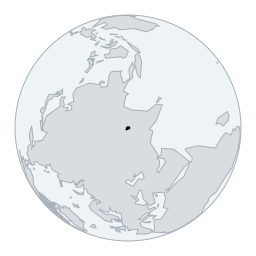 Seti highlighted on a globe, orthographic projection, rotated 226°
{"feature_id": "NPL-1129", "entity_name": "Seti", "entity_type": "District", "adm_level": 1, "iso_a3": "NPL", "parent_name": "Nepal", "parent_adm1": "", "projection": "orthographic", "projection_center": [81.176, 29.231], "detail": "medium", "context": "on_globe", "style": "filled", "palette": "ink", "viewbox_px": 256, "rotation_deg": 226, "n_neighbors": 0, "source": "natural_earth", "source_scale": "10m", "svg_char_len": 11024}
<svg xmlns="http://www.w3.org/2000/svg" viewBox="0 0 256 256"><g transform="rotate(226 128 128)"><circle cx="128" cy="128" r="113" fill="#eef3f6" stroke="#a8b0b8"/><path d="M162.3,20.7L162.3,20.8L168.9,24.3L174.1,26.6L170.5,25.4L182.3,31.0L187.9,35.0L179.7,29.8L177.4,28.9L180.3,31.1L178.5,30.7L178.9,31.7L176.5,31.0L171.9,28.4L170.3,28.1L172.4,29.7L171.4,30.4L168.6,28.0L166.5,29.0L158.5,25.5L152.8,20.6L146.4,19.3L135.6,16.4L134.7,16.7L130.0,16.2L127.2,16.4L126.0,16.1L124.8,16.6L126.4,16.9L126.5,17.2L125.0,17.5L123.1,17.0L123.6,16.8L122.3,16.9L122.1,16.6L121.3,16.9L119.3,16.5L119.1,17.3L115.6,17.4L114.9,17.0L117.9,16.5L123.6,15.4L133.5,15.5L143.2,16.4L152.9,18.1L162.3,20.7ZM107.6,17.2L107.3,17.3L109.5,17.1L106.0,17.8L101.4,18.8L99.4,19.1L97.3,19.7L96.6,20.1L90.4,21.8L82.0,25.2L81.2,25.6L89.7,22.1L98.6,19.3L107.6,17.2ZM178.1,28.5L176.4,27.4L178.7,28.7L178.1,28.5ZM179.3,31.9L180.4,32.4L180.1,32.7L179.3,31.9ZM111.3,16.7L110.4,16.9L111.3,16.7ZM113.0,16.5L113.7,16.4L114.7,16.3L114.2,16.4L113.0,16.5ZM176.3,32.2L175.6,32.7L175.5,31.7L176.3,32.2ZM112.0,16.8L116.3,16.1L117.9,16.0L117.6,16.4L112.0,16.8ZM174.6,32.7L172.9,34.2L175.1,35.4L168.0,33.2L171.8,32.4L171.4,31.0L172.9,32.2L174.6,32.7ZM127.6,16.9L125.8,16.6L128.7,16.6L127.6,16.9ZM129.4,16.8L138.3,17.0L140.3,17.8L136.9,17.5L140.5,18.5L137.1,18.7L134.4,18.2L133.8,17.6L132.9,18.2L129.4,16.8ZM164.3,32.0L163.2,32.0L163.5,31.5L164.3,32.0ZM126.7,17.4L128.3,17.3L130.1,17.9L127.2,18.2L127.6,17.9L126.7,17.4ZM143.1,18.7L144.0,19.3L141.4,19.7L141.4,20.0L137.2,18.8L143.1,18.7ZM126.4,17.9L125.7,18.5L123.5,18.4L125.2,17.6L126.4,17.9ZM131.8,17.9L132.5,18.3L131.2,18.2L131.8,17.9ZM115.2,19.1L117.1,18.7L118.2,19.0L115.2,19.1ZM125.6,18.7L126.3,18.7L127.0,18.8L126.1,19.2L125.6,18.7ZM135.7,19.2L134.5,19.3L137.3,19.7L135.5,20.1L133.0,19.3L133.3,19.8L132.8,20.0L131.4,19.2L135.7,19.2ZM127.1,19.9L123.3,19.3L119.6,19.8L118.5,19.6L124.7,18.8L127.1,19.9ZM129.7,19.5L127.9,19.7L127.5,19.2L128.5,18.8L129.7,19.5ZM135.2,20.7L138.6,20.3L139.0,20.5L135.2,20.7ZM126.1,20.2L127.0,20.3L125.9,20.3L126.1,20.2ZM132.5,20.6L133.6,20.4L134.1,20.6L132.5,20.6ZM127.9,20.9L126.7,20.7L127.4,20.3L127.9,20.9ZM130.1,20.9L130.4,21.3L128.3,20.4L130.5,20.7L130.1,20.9ZM132.7,20.9L133.4,21.0L132.2,21.0L132.7,20.9ZM126.1,22.5L123.3,21.5L124.8,20.7L127.3,21.8L126.1,22.5ZM20.5,94.5L21.8,90.8L24.5,84.1L36.7,72.8L36.5,76.6L43.0,82.1L43.3,84.0L39.6,88.3L42.0,100.7L46.3,98.1L51.5,106.5L56.9,109.3L64.1,100.5L55.3,95.5L56.8,89.9L66.1,89.7L74.2,94.5L75.1,92.5L72.4,85.8L76.8,83.5L71.8,83.3L71.9,85.9L68.8,85.9L68.5,83.6L70.0,82.8L68.3,80.7L61.3,85.6L60.7,88.8L54.7,86.4L53.1,91.6L50.6,92.7L52.3,84.3L54.0,82.1L55.1,72.0L52.7,74.0L51.5,83.9L50.8,82.4L47.5,85.8L49.4,82.0L51.3,71.2L47.5,69.2L38.3,74.4L37.0,73.0L37.9,69.0L45.7,60.5L47.7,64.8L50.5,62.3L53.8,56.9L54.2,58.8L55.8,57.2L56.9,58.8L62.2,57.1L64.0,58.5L69.6,54.4L71.3,54.6L67.4,56.9L65.7,59.4L70.4,63.3L72.4,63.0L75.7,60.2L76.6,61.8L79.2,58.6L83.6,59.7L80.4,55.8L84.2,52.8L88.8,51.9L89.5,50.3L81.9,51.9L79.4,53.3L78.2,55.5L70.9,59.2L68.5,58.7L74.0,52.5L71.2,51.3L76.6,47.4L93.7,44.7L99.0,45.6L100.2,53.3L96.9,54.6L94.8,52.4L93.4,57.2L95.1,55.4L95.8,57.0L99.7,54.9L100.4,55.9L102.8,52.4L104.1,53.4L102.5,55.6L109.3,53.9L112.9,55.7L114.1,54.8L114.3,53.5L118.8,56.8L119.5,56.1L118.3,54.7L118.8,52.4L121.6,49.7L123.0,51.0L122.2,52.1L122.6,56.7L120.2,59.7L121.1,60.0L123.5,57.7L123.0,52.1L124.2,50.2L124.9,52.7L124.8,51.6L125.8,51.1L128.2,51.9L127.6,49.2L137.4,42.7L143.0,44.0L142.5,46.6L150.8,44.6L156.4,46.8L155.3,45.4L158.6,43.9L156.8,43.1L156.6,42.4L164.1,38.9L166.9,39.4L168.9,37.0L168.3,36.3L166.3,35.8L168.0,33.2L175.1,35.4L176.0,36.6L179.8,37.4L181.4,40.3L184.5,43.4L184.0,46.7L186.5,49.0L187.7,49.1L192.0,52.6L196.6,60.2L187.6,53.7L179.6,43.7L182.4,47.6L180.1,46.7L180.2,48.2L182.3,51.2L183.5,51.5L178.7,57.4L180.6,66.4L184.3,65.0L187.9,67.0L193.3,77.6L190.7,94.3L195.3,98.5L196.4,101.7L194.1,104.4L192.5,99.7L189.0,98.7L188.5,95.8L184.2,99.1L183.2,95.2L180.4,100.0L182.7,102.8L186.9,101.1L184.8,107.3L190.5,111.8L192.5,118.4L187.1,131.6L179.8,136.7L179.6,138.8L176.1,137.0L172.3,141.8L179.7,152.3L179.8,155.7L173.3,163.0L173.0,160.6L163.5,155.8L162.4,163.8L169.6,169.4L172.1,176.4L166.9,174.8L164.3,168.6L160.9,166.7L161.4,159.9L157.7,150.0L152.4,152.3L152.3,148.2L146.5,139.9L138.6,142.9L126.4,154.0L125.5,164.4L120.9,168.7L113.6,153.3L112.4,142.9L108.4,143.5L102.0,133.8L87.1,130.7L86.1,127.6L83.1,128.2L78.7,124.3L77.7,119.4L74.6,118.8L77.5,131.8L81.1,132.5L85.7,129.0L85.7,133.3L90.0,138.1L81.0,146.1L60.8,149.0L60.8,140.8L55.8,115.1L57.1,113.0L57.2,112.7L57.2,112.2L54.7,115.5L54.5,110.5L55.0,127.7L54.3,134.3L60.5,149.3L59.4,150.2L62.0,153.6L72.8,154.1L72.4,156.6L66.1,166.5L52.9,176.8L55.8,187.3L56.9,195.1L51.3,197.0L54.4,203.2L51.9,203.4L53.5,206.6L52.9,208.4L51.1,208.8L45.1,204.0L42.6,200.9L36.4,192.7L26.9,174.6L26.2,169.1L24.8,163.1L20.7,146.6L21.4,140.3L20.8,136.1L19.4,134.6L19.0,129.7L18.3,128.2L15.7,121.3L16.3,113.5L19.0,99.5L20.5,94.5ZM29.3,80.7L28.2,82.5L29.3,80.7ZM80.7,105.0L86.9,107.5L87.7,100.3L90.1,100.8L89.5,98.3L87.7,99.8L86.7,93.2L90.6,92.3L91.7,89.5L89.6,88.5L82.6,91.2L84.0,100.5L81.1,102.6L80.7,105.0ZM63.6,48.0L62.8,49.7L60.5,50.9L58.4,50.0L61.6,48.1L63.6,48.0ZM62.1,51.8L68.1,46.4L69.7,47.0L67.8,47.5L68.2,48.4L65.3,49.6L60.9,55.8L58.7,57.4L55.9,54.4L58.1,54.4L58.8,52.7L62.1,51.8ZM80.6,34.0L83.2,32.4L83.2,35.7L80.8,36.9L78.5,35.8L80.0,33.9L80.6,34.0ZM110.7,17.9L111.7,17.6L112.2,17.6L111.8,17.9L110.7,17.9ZM116.0,18.9L106.9,19.5L107.5,19.1L101.4,20.3L100.8,19.8L104.8,19.0L99.7,19.7L103.1,18.8L99.4,19.5L108.4,17.7L111.2,17.1L108.3,17.9L108.8,18.3L109.9,18.3L115.0,18.0L121.3,17.2L122.8,17.8L122.2,18.4L120.9,18.7L120.4,18.2L119.0,18.9L117.2,18.4L116.0,18.9ZM114.1,29.0L113.9,27.7L111.0,30.3L109.2,29.3L108.9,29.7L106.4,29.6L103.0,30.2L102.6,29.5L101.4,30.1L99.8,30.1L98.0,30.6L96.7,29.8L94.5,30.5L95.1,29.7L91.6,31.2L93.6,29.8L91.7,29.9L90.8,31.2L87.9,26.8L85.1,26.6L81.8,27.2L85.6,25.1L91.3,23.3L97.2,22.3L99.3,23.0L100.7,22.1L102.1,22.3L100.4,22.9L103.8,22.0L104.5,22.4L109.8,22.3L114.3,21.2L116.3,21.2L114.9,21.9L117.9,21.6L116.7,22.9L118.1,23.1L118.3,24.7L114.7,26.1L116.6,26.2L116.8,27.6L114.1,29.0ZM126.0,23.0L122.2,24.6L119.3,24.9L120.2,22.0L119.1,21.6L119.6,20.1L123.7,19.7L123.2,20.2L123.7,20.6L122.2,20.5L123.7,20.8L123.1,21.5L124.1,22.0L122.6,22.3L126.0,23.0ZM45.5,83.1L46.1,84.1L47.4,85.0L45.4,87.3L45.5,83.1ZM46.6,75.7L47.4,76.1L45.2,79.4L44.6,78.6L46.6,75.7ZM49.8,73.5L47.6,75.8L48.4,74.1L49.8,73.5ZM68.4,57.2L69.4,57.5L68.8,58.3L67.3,59.0L68.4,57.2ZM104.9,37.8L105.3,36.7L106.1,36.6L108.9,34.6L110.5,35.3L109.4,36.9L104.9,37.8ZM61.5,101.4L58.9,102.4L58.5,101.0L59.5,100.9L61.5,101.4ZM50.9,94.6L52.4,97.4L50.3,95.2L50.9,94.6ZM107.1,38.3L108.1,37.3L108.2,38.3L107.1,38.3ZM111.8,35.8L112.3,36.8L111.0,35.2L111.8,35.8ZM112.2,237.3L114.2,237.9L112.3,237.7L112.2,237.3ZM72.5,199.5L70.8,210.8L66.4,209.3L63.8,205.1L63.3,197.8L67.9,197.2L69.7,194.1L72.5,199.5ZM196.1,187.2L198.7,186.8L198.6,187.2L196.1,187.2ZM193.3,186.5L196.5,185.8L192.7,187.6L193.3,186.5ZM197.7,185.4L200.8,183.6L202.2,182.5L201.9,183.5L197.7,185.4ZM191.2,187.1L178.8,189.8L173.8,189.5L175.1,187.7L183.3,186.6L191.2,187.1ZM174.7,187.8L166.9,184.4L155.3,171.7L159.5,171.6L171.4,178.6L170.7,180.1L175.4,183.1L174.7,187.8ZM193.2,175.4L192.4,179.8L185.7,181.1L182.6,181.1L180.5,176.0L181.7,172.9L184.3,172.4L193.7,160.3L197.0,161.9L194.3,166.8L197.1,169.9L193.2,175.4ZM126.0,165.4L128.9,171.6L126.4,172.5L126.0,165.4ZM197.0,152.3L193.5,157.7L196.5,150.9L197.0,152.3ZM198.4,146.2L198.9,148.4L197.2,146.6L198.4,146.2ZM180.0,142.0L177.3,143.1L177.0,141.5L180.3,139.2L180.0,142.0ZM193.9,123.9L194.7,128.8L194.5,130.5L192.9,127.9L193.9,123.9ZM122.0,45.3L116.2,47.1L113.2,49.3L113.1,51.9L110.8,49.3L115.5,45.8L122.0,45.3ZM135.4,42.8L135.4,40.9L137.0,41.4L137.2,41.9L135.4,42.8ZM134.3,41.9L131.3,40.2L132.4,38.9L134.5,40.5L134.3,41.9ZM119.0,38.7L117.2,39.1L117.1,38.3L119.0,38.7ZM207.7,207.6L207.8,207.5L205.8,209.4L204.4,210.6L206.0,208.2L203.9,210.1L207.0,206.8L203.5,210.2L203.9,208.8L201.7,209.4L183.3,220.5L179.9,221.0L182.2,218.7L181.8,213.1L183.1,212.9L184.0,208.4L195.7,201.0L204.5,190.2L209.4,188.6L214.1,180.8L218.6,178.8L216.4,184.4L220.0,184.9L225.1,172.1L224.7,181.7L225.6,183.2L222.7,189.0L222.1,189.8L215.4,199.1L207.7,207.6ZM237.1,155.3L237.4,154.4L237.3,154.7L237.1,155.3ZM202.6,185.5L206.5,181.0L208.4,180.0L202.6,185.5ZM237.2,154.6L236.8,155.3L237.0,154.6L237.2,154.6ZM237.5,153.0L237.6,152.2L237.4,153.8L237.5,153.0ZM236.9,152.6L237.2,153.2L236.8,152.9L236.9,152.6ZM236.6,153.4L236.2,153.4L236.3,153.1L236.6,153.4ZM230.0,161.9L231.7,165.0L229.9,166.7L228.0,165.3L225.6,169.9L220.9,172.5L222.2,169.8L221.8,167.3L216.3,169.0L215.2,167.5L217.3,165.2L213.4,165.4L217.7,162.6L219.3,165.8L221.6,161.5L225.3,160.1L228.5,159.2L230.7,160.3L230.0,161.9ZM217.4,171.5L218.1,171.1L217.3,172.6L217.4,171.5ZM235.5,152.5L236.0,153.5L235.9,154.1L235.6,154.3L235.5,152.5ZM231.3,159.1L233.8,153.6L234.3,153.1L232.6,158.4L231.3,159.1ZM233.4,152.0L234.4,151.4L234.8,152.7L234.5,153.4L233.4,152.0ZM208.7,171.6L208.4,172.8L207.3,172.4L208.7,171.6ZM210.2,170.4L213.7,170.1L209.9,171.5L210.2,170.4ZM198.9,170.3L200.0,172.7L203.6,169.8L200.9,173.2L203.1,176.8L202.2,178.7L200.0,174.7L198.9,179.9L197.3,180.3L196.6,176.3L198.4,170.7L199.9,168.1L206.3,165.1L198.9,170.3ZM210.3,167.1L209.3,164.3L210.0,161.9L211.0,163.2L210.3,167.1ZM206.2,157.7L203.3,154.8L200.9,157.0L205.4,150.2L207.5,154.0L206.2,157.7ZM203.3,150.2L201.1,152.2L203.2,148.4L203.3,150.2ZM200.4,151.1L199.9,148.5L201.8,148.3L200.4,151.1ZM204.5,149.9L204.5,145.3L205.6,147.6L204.5,149.9ZM198.4,142.8L202.8,146.0L197.5,145.7L196.0,137.0L198.2,136.2L198.4,142.8ZM202.5,103.5L201.3,101.2L202.9,99.9L203.3,101.9L202.5,103.5ZM207.0,94.5L202.9,98.9L199.4,102.7L201.1,103.3L201.4,107.9L198.2,104.7L199.8,98.9L202.6,96.9L201.9,93.2L203.3,89.9L201.1,85.8L201.3,83.5L204.1,86.8L207.0,94.5ZM200.1,84.1L196.8,76.6L200.4,76.4L202.0,78.0L201.9,81.4L200.0,81.3L200.1,84.1ZM197.1,74.8L195.3,74.7L186.6,65.4L185.7,63.4L194.2,70.0L192.8,70.3L194.3,72.8L197.1,74.8ZM164.2,32.7L163.3,32.1L164.5,32.4L164.2,32.7ZM155.5,42.0L155.4,41.0L156.8,41.2L155.5,42.0ZM155.7,38.5L154.1,38.9L155.2,38.0L155.7,38.5ZM150.8,40.0L153.2,38.8L151.7,40.8L150.8,40.0Z" fill="#d9dde1" stroke="#a8b0b8" stroke-width="1"/><path d="M127.8,126.4L127.9,126.5L128.0,126.4L128.0,126.5L128.1,126.4L128.3,126.4L128.5,126.5L128.8,126.6L129.0,126.7L129.0,126.8L128.9,126.9L128.9,127.1L129.0,127.2L129.0,127.3L128.9,127.5L128.9,127.8L128.8,127.7L128.7,127.7L128.6,127.8L128.5,128.1L128.5,128.3L128.4,128.4L128.4,128.5L128.5,128.5L128.7,128.9L128.5,128.7L128.4,128.6L128.2,128.6L127.9,128.6L127.7,128.6L127.8,128.7L128.0,128.7L128.0,128.8L128.0,128.7L128.1,128.8L128.2,129.0L127.9,129.5L127.7,129.6L127.5,129.4L127.3,129.4L127.2,129.3L127.1,129.2L126.9,129.1L126.9,128.9L126.8,128.6L126.9,128.4L127.0,128.2L127.2,127.9L127.3,127.8L127.3,127.7L127.5,127.6L127.4,127.5L127.3,127.4L127.3,127.2L127.5,127.1L127.8,127.0L127.8,126.9L127.8,126.7L127.7,126.6L127.8,126.5L127.8,126.4Z" fill="#0f172a" stroke="#020617" stroke-width="1.5"/></g></svg>